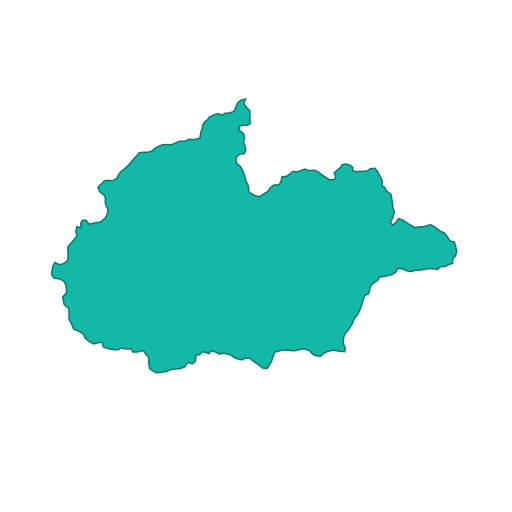 Antônio Carlos, Minas Gerais, Brazil, rotated 290°
{"feature_id": "56859067B18820589356452", "entity_name": "Antônio Carlos", "entity_type": "district", "adm_level": 2, "iso_a3": "BRA", "parent_name": "Brazil", "parent_adm1": "Minas Gerais", "projection": "orthographic", "projection_center": [-43.752, -21.428], "detail": "fine", "context": "isolated", "style": "filled", "palette": "teal", "viewbox_px": 512, "rotation_deg": 290, "n_neighbors": 0, "source": "geoboundaries", "source_scale": "gbopen_adm2", "svg_char_len": 3773}
<svg xmlns="http://www.w3.org/2000/svg" viewBox="0 0 512 512"><g transform="rotate(290 256 256)"><path d="M399.9,192.6L397.3,188.5L393.1,186.2L389.1,186.3L384.4,185.9L381.5,182.5L379.4,178.0L376.7,175.5L376.7,171.4L374.1,168.0L370.5,164.7L367.2,163.7L364.5,161.9L361.3,161.1L357.6,161.8L354.0,161.8L350.8,162.3L347.7,163.0L345.3,159.8L343.6,156.6L342.9,153.1L339.5,150.0L337.7,144.9L334.8,141.8L331.7,138.6L330.2,134.1L328.9,130.6L326.4,127.6L322.6,124.1L319.0,122.4L316.4,118.7L314.8,114.2L312.8,110.7L309.1,109.6L305.6,107.9L301.8,106.6L297.7,105.1L294.7,103.6L291.8,102.0L288.8,100.1L285.4,99.1L281.2,98.6L277.8,95.8L276.4,91.1L274.6,87.7L271.2,86.3L266.8,84.0L263.0,86.9L261.4,92.3L258.9,94.8L255.2,95.8L252.0,97.8L249.7,100.6L245.4,102.0L240.3,101.4L237.3,99.7L234.4,98.0L232.9,94.6L230.8,91.5L228.9,88.2L231.4,84.0L230.2,80.7L226.8,80.1L222.8,81.9L222.3,77.7L217.3,78.3L213.9,80.9L208.9,79.3L204.4,77.6L200.6,76.1L196.8,77.2L192.1,79.5L186.5,80.4L182.3,77.0L180.5,73.6L181.3,69.2L176.9,68.6L173.0,69.2L168.7,70.2L166.1,73.9L167.3,79.3L166.9,83.6L164.6,86.5L160.6,89.0L156.6,90.5L151.5,88.4L148.4,90.1L144.7,92.4L142.6,98.2L137.5,100.2L132.7,101.8L129.9,105.0L127.6,107.4L125.0,109.5L124.9,113.2L124.5,116.6L123.5,120.8L120.4,123.6L118.8,128.0L117.8,133.3L120.6,137.5L122.3,140.9L118.3,143.7L118.4,148.9L119.2,154.1L120.7,158.5L123.4,160.4L124.2,165.8L125.9,170.5L123.6,173.4L125.5,177.8L128.6,182.5L125.5,186.8L123.9,190.2L119.1,191.5L113.7,194.7L112.8,198.4L112.1,202.1L114.2,206.6L117.1,211.6L120.2,214.9L122.3,219.0L124.2,223.1L127.4,227.0L132.7,228.3L132.9,232.8L135.6,234.8L139.2,234.4L142.6,233.5L143.9,236.8L147.7,238.3L148.2,241.9L148.2,245.4L151.4,245.9L152.0,250.8L151.3,255.2L153.4,258.4L154.2,262.2L154.3,266.5L153.0,270.9L153.1,275.2L153.8,278.6L156.3,280.6L157.9,285.1L156.2,289.7L155.0,294.9L153.0,300.7L154.4,305.2L158.2,305.7L161.9,306.6L166.8,306.5L171.9,306.4L174.7,310.3L176.6,312.9L178.2,317.4L179.8,323.9L183.0,329.1L185.3,333.1L185.4,338.2L183.0,343.3L182.9,346.8L183.9,351.0L187.7,353.1L190.6,355.7L193.8,360.5L195.1,367.0L196.4,372.1L200.0,371.5L203.3,368.2L208.4,366.3L213.0,366.0L217.1,367.8L221.1,368.7L225.5,369.6L230.5,369.8L236.2,371.5L241.1,372.1L245.5,372.0L250.7,371.7L255.6,371.7L259.1,374.6L262.6,374.5L266.3,373.8L270.1,375.2L274.8,378.6L278.6,379.3L280.3,382.8L282.4,386.2L285.2,390.3L288.3,392.7L293.1,393.6L294.0,398.1L293.7,402.6L294.3,406.7L297.3,411.1L299.2,415.6L301.2,419.1L303.4,423.0L304.7,426.8L305.3,430.9L309.2,433.1L310.9,437.4L314.3,440.5L316.3,443.4L320.3,441.9L324.3,443.3L328.8,443.2L333.6,440.1L337.1,437.4L336.5,433.1L339.8,428.8L342.3,424.9L342.1,421.2L343.5,417.1L344.5,413.7L345.2,409.2L342.3,405.5L340.3,402.6L339.3,399.5L337.1,396.0L337.9,390.9L338.8,386.0L339.9,382.0L339.9,377.1L336.1,376.2L331.6,373.9L333.6,370.8L338.8,371.5L344.8,370.8L349.5,367.4L353.0,365.8L355.9,364.1L360.1,361.7L361.8,356.5L364.3,353.7L365.2,350.3L369.8,349.0L374.1,344.4L377.6,340.6L379.0,337.5L377.1,333.6L373.8,331.3L372.3,327.8L371.0,324.4L369.4,321.1L369.2,317.6L372.3,316.6L373.6,313.1L373.1,308.9L371.4,305.7L368.2,305.2L364.4,302.9L360.7,301.0L357.9,303.8L354.6,303.5L352.7,298.8L353.9,294.1L354.7,290.2L356.2,286.3L356.7,281.7L354.4,276.7L354.3,272.0L351.3,268.5L349.1,265.9L348.1,261.8L345.1,259.9L341.7,257.9L339.2,253.4L334.4,254.0L330.7,253.2L328.8,248.5L325.5,246.3L320.3,244.7L316.5,241.7L312.9,239.0L312.4,235.0L312.9,230.7L314.3,226.9L317.4,225.8L320.3,224.0L322.8,221.0L326.9,218.4L330.9,215.0L334.7,211.0L336.5,206.0L341.6,203.5L346.1,205.8L348.0,209.7L351.3,210.4L354.5,208.9L359.0,205.2L363.6,204.8L366.8,202.1L368.7,196.9L372.1,196.1L374.4,198.5L375.6,203.0L378.5,205.2L382.7,203.5L387.4,201.7L390.5,200.4L392.2,196.7L395.2,192.2L399.9,192.6Z" fill="#14b8a6" stroke="#0f766e" stroke-width="1.5"/></g></svg>